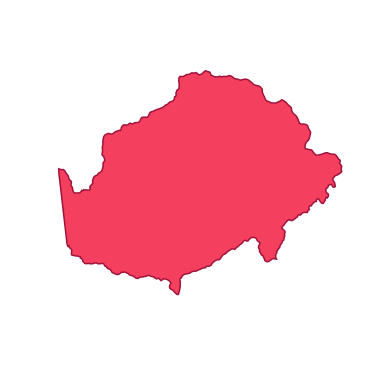 Conceição do Tocantins, Tocantins, Brazil (orthographic projection), rotated 228°
{"feature_id": "56859067B12744397035751", "entity_name": "Conceição do Tocantins", "entity_type": "district", "adm_level": 2, "iso_a3": "BRA", "parent_name": "Brazil", "parent_adm1": "Tocantins", "projection": "orthographic", "projection_center": [-47.324, -12.148], "detail": "fine", "context": "isolated", "style": "filled", "palette": "rose", "viewbox_px": 384, "rotation_deg": 228, "n_neighbors": 0, "source": "geoboundaries", "source_scale": "gbopen_adm2", "svg_char_len": 6076}
<svg xmlns="http://www.w3.org/2000/svg" viewBox="0 0 384 384"><g transform="rotate(228 192 192)"><path d="M124.9,113.4L126.0,114.8L126.9,116.6L128.0,117.8L128.7,118.8L129.5,119.8L130.5,120.8L131.8,122.0L133.2,123.4L134.9,124.2L135.6,125.2L135.3,126.9L136.1,128.2L136.1,129.6L135.9,131.2L135.2,132.7L134.3,133.9L133.1,136.3L132.9,138.2L132.1,140.3L130.6,141.8L128.1,149.5L126.8,151.0L127.0,152.4L126.5,154.0L125.3,155.1L124.8,157.6L125.5,159.1L125.6,160.4L125.5,161.9L125.3,164.1L124.5,165.6L123.4,167.2L123.6,168.9L124.2,171.0L124.6,172.9L124.0,174.7L123.7,176.3L123.9,177.7L123.5,181.3L123.1,183.0L122.2,184.7L120.9,185.2L120.7,186.7L121.1,188.2L120.6,189.5L120.8,191.3L120.7,192.9L120.5,194.2L120.5,195.5L121.0,197.1L120.8,199.0L118.8,199.9L118.1,201.3L118.7,202.6L118.4,204.1L118.5,205.8L116.1,208.2L114.8,208.6L113.6,208.4L112.0,207.9L110.4,208.3L108.8,208.5L108.0,207.3L107.4,205.6L106.5,204.5L105.4,203.9L103.7,203.5L102.7,202.3L101.0,202.2L99.0,201.5L97.1,202.0L95.4,201.5L94.0,201.1L92.4,200.3L90.3,200.8L89.0,202.6L88.5,207.4L87.3,208.7L85.6,209.8L87.1,210.3L88.4,211.3L89.6,212.7L90.2,214.5L91.2,215.3L91.4,216.8L92.0,218.2L92.0,219.9L92.9,221.0L93.6,222.8L93.9,224.6L95.0,226.2L94.9,228.1L96.3,229.7L97.3,231.5L99.1,232.8L99.9,234.5L101.7,234.9L103.7,234.6L105.4,234.7L105.9,236.4L105.9,238.2L106.7,241.6L106.8,245.3L104.1,246.8L103.6,247.9L103.2,251.0L103.2,252.4L102.9,253.8L103.8,255.0L103.6,256.2L102.5,256.8L102.3,258.2L102.7,260.0L101.7,261.7L100.8,262.9L99.6,264.0L100.5,265.5L100.4,267.4L102.2,268.3L103.0,270.0L101.9,271.4L102.5,273.2L102.7,275.6L102.5,277.1L101.8,278.1L103.1,279.6L102.7,281.3L100.8,281.2L99.0,280.9L97.2,280.8L95.7,281.8L96.7,285.5L97.9,286.9L98.3,288.1L97.0,288.6L97.5,290.0L98.3,291.4L99.9,292.0L101.3,291.4L103.2,292.2L104.8,293.2L104.6,294.9L104.8,296.6L105.7,297.9L105.2,299.2L104.4,300.8L101.5,300.1L100.4,300.9L100.2,302.1L101.3,302.9L102.5,303.7L104.0,304.3L105.6,304.5L107.3,305.0L107.9,306.6L108.2,308.0L108.2,309.4L107.4,311.5L107.0,313.6L106.8,315.4L107.0,317.0L108.7,317.8L110.0,318.9L110.7,320.4L112.5,320.7L114.6,320.9L115.6,322.5L116.5,323.4L118.0,322.9L120.7,323.4L122.6,323.6L124.6,323.2L126.9,321.0L128.4,319.9L130.5,318.9L131.6,317.8L133.4,313.4L134.2,312.2L134.9,310.5L136.2,309.1L137.5,308.8L138.7,308.7L140.2,308.7L141.6,309.0L143.2,309.0L144.4,308.1L145.3,307.3L148.5,305.2L149.9,306.1L151.8,308.5L152.5,310.4L152.6,311.8L152.5,313.0L153.2,314.8L156.6,319.8L158.1,320.5L161.0,321.0L162.3,321.6L164.1,322.3L165.4,322.0L166.8,321.3L168.1,320.1L168.9,319.1L169.9,318.3L171.4,318.0L175.0,319.4L178.2,320.3L180.0,320.2L181.8,319.9L183.8,319.9L185.5,320.5L187.0,321.3L188.0,322.0L189.4,322.2L190.9,322.0L192.2,321.8L195.9,321.8L197.4,321.6L199.1,321.0L200.6,320.2L200.3,318.9L201.1,317.1L202.0,313.9L202.7,312.9L203.9,311.9L204.8,310.9L206.2,310.1L207.9,309.5L209.2,308.7L210.9,308.4L212.6,308.7L213.9,309.4L215.3,309.7L216.8,310.2L218.5,310.8L219.9,311.6L220.7,312.5L221.9,313.1L223.4,313.1L224.8,313.0L226.0,312.6L227.1,311.9L228.3,311.0L229.6,310.2L230.8,309.7L232.2,309.7L235.5,309.3L237.4,308.9L238.9,308.2L239.9,307.4L240.8,306.4L241.5,304.9L242.3,303.8L242.8,302.6L244.4,302.0L245.8,301.0L246.8,300.1L248.1,299.4L251.1,299.0L252.4,298.4L253.8,297.4L254.4,295.5L255.5,294.0L256.7,293.0L258.0,290.7L259.5,290.2L260.2,288.3L261.5,286.8L262.7,285.8L264.5,285.0L266.4,284.4L268.0,285.2L269.5,285.3L270.7,284.4L271.8,283.8L273.1,283.2L273.3,281.8L273.2,278.4L273.7,276.9L274.6,275.4L277.1,275.2L278.4,274.6L278.7,273.1L279.8,272.5L280.9,271.1L281.1,269.1L282.0,267.7L283.0,266.4L283.3,264.4L283.7,262.8L285.9,260.3L285.4,258.4L284.1,257.3L283.1,256.2L280.7,254.7L279.4,253.3L278.3,252.6L277.5,250.8L277.7,248.9L276.9,247.6L276.5,246.4L274.9,245.4L274.0,243.9L274.3,242.5L272.9,241.2L272.3,239.2L273.4,236.3L273.8,234.8L273.6,233.1L273.8,231.6L274.4,230.3L274.2,229.0L274.4,227.4L274.8,225.7L275.5,223.8L276.1,222.6L276.9,221.0L278.2,216.6L279.1,214.8L279.0,213.5L278.5,212.0L277.5,210.6L277.6,209.4L277.8,208.1L278.9,207.4L280.0,206.1L281.0,204.4L280.5,202.6L279.6,200.8L279.5,199.4L279.9,198.1L281.1,196.8L282.0,195.5L281.9,194.1L282.8,192.9L284.6,192.1L284.9,190.4L284.9,189.0L286.1,187.5L287.4,186.5L287.7,184.8L287.3,182.9L286.3,181.5L285.6,180.0L286.6,179.2L286.9,178.0L287.6,176.8L288.1,175.2L288.2,173.5L288.3,171.8L289.1,170.6L290.5,170.0L291.7,168.7L292.3,166.9L292.6,164.9L291.9,162.9L290.8,161.5L289.9,160.3L288.8,159.1L287.5,158.2L286.3,157.0L285.8,155.8L281.7,152.3L280.8,150.9L279.4,149.9L277.7,150.1L276.4,149.7L273.8,148.4L273.1,145.3L270.1,142.5L268.2,139.4L267.9,137.8L268.4,136.0L268.4,134.3L267.9,132.8L268.6,131.4L268.9,129.4L267.4,126.2L266.4,125.2L265.0,124.3L264.6,122.2L264.6,120.6L263.9,119.2L262.3,118.4L262.2,116.8L263.2,115.7L264.3,114.9L265.2,113.7L266.2,113.0L265.9,111.8L267.0,111.2L266.5,109.7L266.4,108.0L267.7,106.5L268.9,105.2L269.7,104.1L271.0,103.9L272.9,104.5L274.5,105.6L276.0,106.3L277.5,106.3L278.8,107.3L279.7,108.8L281.4,109.5L282.6,109.2L284.0,109.3L285.3,110.1L287.0,110.8L291.2,111.2L293.2,111.7L294.8,111.4L295.8,110.1L297.2,109.1L298.4,108.5L295.5,106.0L237.3,64.6L235.0,63.4L234.5,64.7L233.3,63.7L229.8,64.0L228.3,62.8L227.3,61.5L225.9,60.4L224.7,61.1L223.6,61.9L222.4,62.6L221.3,63.8L219.7,65.0L218.5,65.7L217.7,64.8L216.4,65.3L214.8,65.4L213.4,64.4L212.2,64.6L210.7,64.6L209.4,65.5L208.5,66.9L206.1,69.0L205.1,70.3L204.4,71.9L203.5,73.5L201.8,73.9L200.3,75.5L198.8,77.8L197.3,78.3L195.4,77.7L194.2,78.4L192.6,78.1L191.1,78.3L190.2,79.0L188.8,79.4L185.8,78.8L183.2,79.8L181.5,80.6L180.2,81.7L179.7,83.2L179.6,84.6L179.7,85.8L178.5,86.8L177.7,88.4L175.1,89.5L173.9,90.2L172.5,90.0L171.4,90.5L170.1,91.4L167.9,92.3L165.5,92.7L163.9,93.9L163.7,95.9L163.0,97.1L162.0,98.3L161.2,99.8L160.2,101.2L159.6,102.9L159.2,104.2L157.3,104.8L156.0,105.7L154.8,106.5L152.9,106.9L151.0,107.7L150.3,109.4L148.9,109.6L147.0,109.6L146.5,111.1L146.6,112.7L144.6,114.4L143.2,115.1L141.8,115.6L139.5,115.6L138.2,115.3L138.0,114.0L137.2,112.4L135.9,111.3L134.6,111.1L133.1,111.6L132.0,112.0L127.1,112.1L126.0,112.3L124.9,113.4Z" fill="#f43f5e" stroke="#9f1239" stroke-width="1.5"/></g></svg>